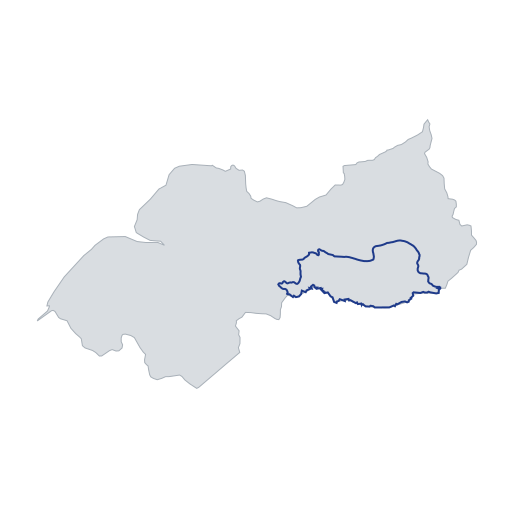 IX-1 Rupununi West, Upper Takutu-Upper Essequibo, Guyana (highlighted), rotated 268°
{"feature_id": "73187651B14852666038275", "entity_name": "IX-1 Rupununi West", "entity_type": "district", "adm_level": 2, "iso_a3": "GUY", "parent_name": "Guyana", "parent_adm1": "Upper Takutu-Upper Essequibo", "projection": "robinson", "projection_center": [-59.236, 3.169], "detail": "fine", "context": "in_parent", "style": "outline", "palette": "blue", "viewbox_px": 512, "rotation_deg": 268, "n_neighbors": 0, "source": "geoboundaries", "source_scale": "gbopen_adm2", "svg_char_len": 9632}
<svg xmlns="http://www.w3.org/2000/svg" viewBox="0 0 512 512"><g transform="rotate(268 256 256)"><path d="M160.2,236.4L149.0,222.2L137.7,208.0L126.6,194.0L125.8,192.1L130.5,185.4L134.6,180.6L138.1,177.9L139.7,175.5L138.5,165.2L138.6,161.5L137.0,157.5L135.8,153.0L137.2,149.3L138.9,146.6L141.0,145.6L146.2,144.7L149.9,144.3L151.2,142.8L153.3,141.1L156.1,141.0L161.5,142.2L164.0,139.9L168.5,136.9L178.7,131.6L180.9,128.1L182.5,122.7L182.3,120.2L181.3,119.3L178.8,118.4L175.0,118.3L171.9,119.6L168.7,118.9L166.0,115.6L165.9,112.8L167.5,109.0L166.6,106.4L161.5,98.3L161.5,96.0L165.2,92.4L167.3,89.3L170.1,81.9L172.4,79.4L179.4,78.5L181.2,76.9L184.8,73.0L190.2,68.5L197.9,64.9L200.1,58.4L201.5,56.6L207.6,53.2L208.7,51.4L208.5,49.8L198.7,35.1L200.6,36.1L208.3,45.7L212.5,47.7L213.4,47.8L213.4,45.3L217.3,46.4L227.3,52.9L241.9,63.7L262.5,84.0L268.4,91.8L272.3,95.5L278.4,104.3L280.2,108.7L280.0,126.0L274.6,137.7L273.3,146.5L273.0,158.2L269.9,164.9L274.1,161.2L275.3,150.7L278.9,144.3L283.5,137.2L289.7,135.5L296.4,138.5L301.7,139.1L306.4,141.1L316.5,152.4L326.3,161.3L329.9,168.5L340.3,172.0L346.5,177.7L348.4,182.5L349.7,195.3L347.7,214.6L348.2,215.5L345.4,219.3L344.9,221.7L343.1,226.0L341.7,228.3L343.8,233.7L346.1,233.9L347.0,234.6L347.6,235.6L347.5,236.8L346.6,237.8L344.3,239.1L342.2,242.1L342.4,245.5L341.1,247.3L336.8,248.2L328.3,248.2L324.2,248.5L320.9,249.0L318.7,251.2L316.0,252.8L313.8,253.1L311.9,255.7L310.0,259.3L310.6,261.8L312.6,265.1L313.8,268.5L312.2,273.9L310.6,278.2L309.6,281.4L308.3,287.6L305.0,294.4L302.7,298.3L302.7,302.5L303.9,308.5L310.5,317.2L312.7,321.4L314.5,328.1L320.4,333.4L324.2,337.6L323.9,343.3L324.4,345.0L326.7,346.4L329.5,347.5L332.6,347.4L335.4,347.0L336.1,346.2L342.6,346.1L343.3,347.5L343.7,355.6L343.9,358.9L345.5,360.2L346.4,362.2L346.4,364.0L346.7,368.6L347.7,370.9L347.6,375.8L348.2,377.6L350.0,378.8L352.3,382.2L353.1,382.7L353.5,383.9L355.5,388.8L356.5,390.3L357.2,390.5L357.4,392.2L358.8,396.9L359.8,398.0L361.6,401.4L362.3,405.1L364.7,409.3L367.2,412.2L368.3,415.2L371.4,421.9L374.4,426.7L378.5,427.9L381.9,428.5L384.1,430.4L386.2,432.3L383.9,433.2L381.9,434.4L379.1,433.5L375.2,434.0L371.1,435.3L367.4,436.0L360.3,433.9L358.2,433.6L356.7,432.7L353.8,428.5L352.4,428.0L348.7,430.0L344.1,431.3L341.9,431.0L339.2,432.5L336.8,434.3L332.2,442.4L329.8,445.3L327.2,446.6L322.0,446.6L316.5,446.9L312.4,448.9L308.5,449.9L306.6,450.0L305.9,454.4L305.0,456.5L303.8,457.7L300.8,458.0L298.1,457.9L296.5,456.0L293.4,455.1L290.7,454.4L289.0,453.4L287.6,453.6L286.4,455.5L285.5,457.1L284.6,460.0L280.5,460.9L278.8,462.6L279.8,468.1L279.3,470.2L278.5,471.9L273.5,472.2L269.3,472.1L266.9,474.1L263.9,476.4L262.0,476.9L259.9,476.7L257.0,474.0L254.2,470.7L247.2,468.3L240.3,466.4L235.7,461.0L234.7,458.4L232.5,457.3L227.1,450.9L224.1,446.9L220.9,445.8L217.2,444.1L217.3,441.2L217.1,438.3L215.5,437.2L213.2,436.4L212.4,434.8L212.7,431.1L213.1,421.5L212.5,412.4L207.5,409.2L205.3,407.0L201.6,393.5L199.8,387.4L199.7,382.8L201.0,369.3L202.4,363.5L206.2,351.7L208.5,347.7L208.6,344.8L208.4,341.0L207.2,333.4L213.7,328.7L216.5,326.7L217.0,323.5L220.5,319.5L222.0,315.6L223.3,312.6L223.0,311.0L221.4,310.1L219.7,307.2L215.9,299.0L214.5,297.3L213.4,295.0L214.0,291.3L215.4,287.4L215.3,285.7L213.0,283.6L208.4,280.0L204.5,279.7L201.5,278.5L197.1,278.3L193.6,277.9L191.6,276.6L192.0,274.4L192.9,272.7L195.9,268.5L197.8,264.1L198.1,259.8L198.7,254.1L199.6,249.1L200.0,243.5L195.4,239.8L193.9,236.8L192.0,234.1L189.9,234.1L186.7,233.0L181.8,236.5L177.9,235.9L175.2,237.2L169.0,236.9L165.0,235.2L160.2,236.4Z" fill="#d9dde1" stroke="#a8b0b8" stroke-width="1"/><path d="M226.8,277.3L226.3,277.6L225.7,277.9L225.3,278.1L224.9,278.6L224.6,279.0L224.2,279.4L223.7,279.8L223.3,280.2L222.9,280.7L222.6,281.1L222.3,281.6L222.1,282.3L222.1,282.8L222.1,283.3L222.1,283.8L221.9,284.3L221.3,285.2L220.9,285.5L220.4,285.7L220.0,285.9L219.5,286.1L218.5,286.4L217.1,285.7L216.8,286.0L216.6,288.1L213.7,291.5L215.0,292.5L213.5,294.5L214.1,297.6L216.4,299.8L219.8,300.6L218.1,304.4L219.9,305.4L221.3,308.9L222.1,308.5L221.5,310.6L223.6,309.9L225.2,312.0L224.5,313.2L222.6,313.4L222.4,315.2L221.9,314.5L221.1,315.3L221.8,319.6L220.8,319.8L220.9,320.9L220.0,320.5L219.1,321.6L219.2,320.7L216.5,323.1L217.1,326.5L213.1,329.1L212.0,331.1L207.4,332.4L206.3,334.9L207.8,335.4L208.1,336.9L209.9,338.2L207.9,343.2L209.4,343.0L209.9,347.0L208.3,347.5L208.6,348.8L205.4,354.2L206.1,355.3L204.4,356.1L204.8,359.5L203.7,359.8L204.4,360.1L203.8,360.8L204.3,362.0L203.7,361.5L201.8,363.8L201.5,367.7L202.3,368.7L201.7,371.5L200.4,372.9L200.0,387.5L201.8,392.1L201.0,393.1L203.3,394.5L202.8,395.6L205.0,399.9L205.4,403.3L204.4,405.4L205.0,407.0L206.4,407.2L207.9,409.6L208.6,409.1L210.9,411.8L213.4,411.3L214.2,412.2L213.3,419.0L214.3,421.9L213.6,423.4L213.5,425.8L214.3,427.2L213.6,428.9L212.3,434.8L212.7,437.3L215.8,437.6L216.6,438.5L217.4,436.6L218.1,438.2L217.8,439.9L218.4,438.0L218.6,438.6L218.6,438.8L218.8,438.2L218.8,437.7L218.8,437.0L218.8,436.4L218.8,435.9L218.8,435.4L219.0,434.8L219.1,434.3L219.3,433.7L219.6,433.0L219.8,432.5L220.1,431.9L220.5,431.5L221.0,431.2L221.5,430.8L222.0,430.2L222.2,429.7L222.4,429.1L222.6,428.7L222.9,428.3L223.4,427.9L224.5,427.2L225.1,427.2L225.7,427.4L226.8,427.4L227.3,427.6L227.9,427.7L228.5,427.7L229.2,427.5L229.6,427.3L230.1,427.0L230.6,426.9L231.0,426.7L231.4,426.5L231.8,426.1L232.2,425.5L232.3,425.0L232.5,424.5L232.6,423.4L232.6,422.8L232.7,422.2L232.8,421.7L232.9,421.2L233.0,419.8L233.2,419.3L233.5,418.9L233.8,418.4L234.1,418.1L234.5,417.7L235.0,417.5L235.4,417.3L235.9,417.1L236.3,417.1L236.8,417.1L237.4,417.1L237.9,417.2L238.6,417.4L239.1,417.6L239.7,417.8L240.3,417.9L240.8,417.8L241.3,417.7L241.7,417.5L242.2,417.2L242.7,417.0L243.2,416.8L243.8,416.9L244.2,417.0L244.7,417.2L245.2,417.5L245.6,417.8L246.1,418.2L246.6,418.6L247.2,418.8L247.8,419.0L248.2,418.9L248.8,419.1L249.3,419.1L249.9,419.4L250.4,419.5L251.0,419.5L251.6,419.5L252.1,419.2L252.6,419.0L253.2,418.9L253.7,418.6L254.1,418.4L254.6,418.2L255.0,417.9L255.4,417.5L255.8,417.2L256.7,416.6L257.7,416.1L258.1,415.8L258.5,415.5L258.9,415.2L259.3,414.8L259.8,414.5L260.2,414.1L260.6,413.5L261.0,413.2L261.3,412.7L261.6,412.1L262.0,411.6L262.4,411.0L262.7,410.5L263.0,409.9L263.3,409.5L263.7,408.9L264.1,408.3L264.4,407.9L264.7,407.2L264.9,406.6L265.2,406.1L265.4,405.5L265.6,404.9L265.8,404.3L265.9,403.7L266.0,403.1L266.1,402.5L266.3,401.8L266.4,401.3L266.5,400.8L266.5,400.2L266.5,399.6L266.4,398.9L266.4,398.3L266.3,397.8L266.1,397.0L266.0,396.5L265.9,396.0L265.7,395.5L265.4,394.2L265.2,393.5L265.1,392.8L265.0,392.3L265.0,391.7L264.8,390.7L264.7,390.1L264.6,389.5L264.5,388.9L264.5,388.3L264.5,387.6L264.3,387.0L264.0,386.5L263.8,385.9L263.5,385.4L263.4,384.9L263.1,384.3L263.0,383.8L262.8,383.2L262.4,381.8L262.3,381.2L262.1,380.6L262.1,380.0L262.0,379.4L261.9,378.8L261.8,377.6L261.7,377.0L261.7,376.4L261.5,375.8L261.3,375.3L260.9,374.7L260.6,374.2L260.0,373.7L259.4,373.3L258.8,373.1L258.3,373.0L257.9,372.9L257.4,372.9L256.9,372.9L256.3,373.0L255.8,373.0L255.3,373.2L254.8,373.3L254.3,373.4L253.7,373.5L253.3,373.5L252.7,373.6L252.1,373.7L251.2,373.8L250.6,373.7L250.1,373.6L249.5,373.5L249.0,373.3L248.5,373.2L248.1,372.6L248.0,372.1L247.8,371.6L247.6,371.1L247.4,370.4L247.2,369.8L247.1,369.3L247.1,368.5L247.0,367.9L247.0,367.2L247.0,366.5L247.0,365.8L247.1,365.1L247.1,364.3L247.2,363.5L247.4,362.6L247.6,361.8L247.7,361.3L247.9,360.4L248.1,359.7L248.3,359.1L248.5,358.3L248.8,357.5L248.9,357.0L249.2,356.3L249.4,355.8L249.7,355.0L249.9,354.4L250.1,353.7L250.4,352.9L250.7,352.0L250.9,351.4L251.0,350.9L251.2,350.3L251.5,349.6L251.6,348.9L251.8,348.1L251.9,347.4L252.0,346.7L252.1,346.1L252.1,345.5L252.0,344.7L252.0,344.1L252.1,342.9L252.2,342.3L252.9,334.4L253.2,334.0L253.6,333.5L254.0,333.2L254.3,332.7L254.5,332.0L254.8,330.7L255.0,330.1L255.2,329.1L255.4,328.4L255.6,328.0L256.0,327.6L256.4,327.1L256.6,326.6L256.9,326.2L257.6,325.1L258.0,324.7L258.3,324.3L258.6,323.9L258.8,323.2L258.8,322.7L259.0,322.1L259.2,321.6L259.5,321.1L259.9,320.6L260.2,320.1L260.5,319.6L260.4,319.0L260.2,318.6L259.8,318.3L259.2,318.2L258.8,318.2L258.3,318.4L257.9,318.8L257.5,319.0L257.0,318.8L256.4,318.8L256.0,318.9L255.4,318.9L254.9,318.7L254.6,318.3L254.8,317.7L255.1,317.2L255.4,316.9L255.8,316.6L256.2,316.4L256.6,315.8L256.9,314.9L257.1,314.4L257.3,313.8L257.6,313.1L257.7,312.2L257.7,311.6L257.6,311.1L257.5,310.4L257.5,309.8L257.4,309.1L256.9,309.1L256.4,309.1L255.8,309.1L255.3,308.8L254.9,308.3L254.5,307.9L254.2,307.5L253.9,307.1L253.2,305.8L252.8,305.1L252.6,304.7L252.3,304.3L251.7,303.8L251.3,303.4L251.0,302.8L250.8,302.3L250.8,301.6L250.7,300.9L250.7,300.3L250.7,299.6L250.6,299.1L250.5,298.5L250.3,297.9L249.7,297.7L249.1,297.9L248.7,297.9L248.2,298.0L247.7,298.2L247.3,298.5L246.8,298.8L246.4,299.0L246.0,299.4L245.6,299.7L244.9,299.8L244.3,299.8L243.8,299.7L243.3,299.6L242.4,299.4L241.8,299.4L241.3,299.5L240.8,299.6L240.4,299.8L240.0,299.9L239.4,300.0L238.8,300.0L237.6,299.9L236.9,299.9L236.4,299.8L235.4,300.0L234.7,300.0L234.2,300.2L233.7,300.2L233.1,300.0L232.7,299.8L232.2,299.5L231.7,299.4L230.7,299.1L230.3,299.0L229.8,298.8L229.3,298.6L228.7,298.2L227.8,297.6L227.3,297.1L227.0,296.7L226.7,296.2L226.8,295.5L227.0,295.0L227.4,294.5L227.8,294.0L228.2,293.5L228.5,293.0L228.6,292.5L228.6,291.8L228.4,291.2L228.2,290.7L228.2,290.1L228.4,289.5L228.3,288.8L228.1,288.0L227.9,287.5L227.6,286.8L227.6,286.3L227.8,285.8L228.1,285.4L228.6,285.0L228.9,284.6L229.3,284.2L229.6,283.8L229.8,283.2L229.5,282.7L229.1,282.1L228.8,281.8L228.2,281.6L227.8,281.3L227.6,280.9L227.6,280.1L227.9,279.5L228.0,279.0L227.9,278.4L227.7,277.9L227.3,277.6L226.8,277.3Z" fill="none" stroke="#1e3a8a" stroke-width="2"/></g></svg>